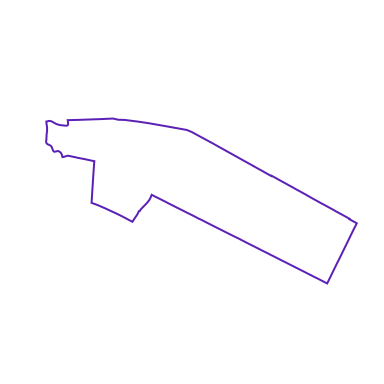 Suditi, Ialomita, Romania (Mercator projection), rotated 296°
{"feature_id": "2599482B50390168033912", "entity_name": "Suditi", "entity_type": "district", "adm_level": 2, "iso_a3": "ROU", "parent_name": "Romania", "parent_adm1": "Ialomita", "projection": "mercator", "projection_center": [27.583, 44.543], "detail": "fine", "context": "isolated", "style": "outline", "palette": "violet", "viewbox_px": 384, "rotation_deg": 296, "n_neighbors": 0, "source": "geoboundaries", "source_scale": "gbopen_adm2", "svg_char_len": 2957}
<svg xmlns="http://www.w3.org/2000/svg" viewBox="0 0 384 384"><g transform="rotate(296 192 192)"><path d="M236.1,353.8L236.1,353.6L236.2,352.9L236.2,352.2L236.3,350.3L236.4,347.7L236.5,346.1L236.5,345.4L236.9,345.4L237.0,345.4L237.3,339.4L237.5,334.6L237.7,330.2L237.7,329.7L237.9,327.7L238.0,325.7L238.1,323.4L238.4,316.9L238.5,313.4L238.8,307.6L239.1,301.8L239.5,296.0L240.1,283.7L240.6,274.4L240.9,268.2L241.5,256.2L241.1,256.2L242.1,238.4L244.0,203.6L244.2,199.8L244.6,192.5L244.8,189.4L244.9,187.1L245.0,184.4L245.4,174.4L245.8,165.8L245.8,165.2L245.5,160.2L239.6,139.4L235.1,123.8L231.6,112.6L227.3,100.0L226.1,97.3L225.1,95.1L224.8,94.5L224.5,93.5L223.5,89.3L223.5,89.0L219.3,81.3L219.0,80.8L206.4,57.1L202.1,48.8L201.8,49.0L199.3,50.6L198.8,50.9L198.4,51.0L197.8,51.0L197.3,50.9L197.0,50.6L196.5,50.0L196.1,49.1L195.5,47.4L194.6,45.0L194.5,44.7L194.0,42.7L193.9,42.0L193.7,40.7L193.7,38.9L193.8,37.5L193.8,36.7L193.9,35.5L193.8,33.9L193.5,32.9L192.9,31.9L192.1,31.1L191.5,30.2L190.8,30.5L189.8,31.2L186.4,33.5L185.5,33.9L184.6,34.4L183.5,34.9L181.6,35.6L180.8,35.8L179.5,36.3L178.8,36.6L177.5,37.2L176.9,37.4L176.1,37.7L175.6,38.1L174.9,38.3L174.1,38.5L173.4,38.7L172.8,39.1L172.3,39.6L172.0,40.2L171.7,41.0L171.6,41.8L171.7,42.6L171.7,43.3L171.7,44.0L171.5,44.8L171.5,45.3L171.3,45.7L170.9,46.2L170.2,46.9L169.7,47.5L169.0,48.2L168.7,48.6L168.1,49.3L167.9,49.7L167.8,50.5L168.3,51.3L168.9,52.1L169.6,52.9L170.1,53.7L170.2,54.6L170.1,55.6L169.8,56.8L169.0,58.0L168.2,59.0L167.2,59.7L166.6,60.3L167.7,61.8L169.5,63.6L170.0,64.2L170.3,64.8L171.2,68.3L171.6,70.0L172.1,71.8L172.3,72.8L172.6,74.2L174.0,79.3L174.7,81.9L174.9,82.9L175.6,85.6L176.1,87.7L176.6,89.7L176.9,90.7L174.8,91.5L157.5,98.5L156.8,98.9L155.9,99.2L149.3,101.9L138.2,106.5L138.8,112.1L138.8,112.5L139.0,115.0L139.1,118.4L139.3,121.7L139.3,123.9L139.4,128.8L139.5,132.5L139.5,133.5L139.5,136.7L139.5,139.0L139.1,151.5L142.5,151.9L143.2,152.0L145.8,152.4L146.5,152.5L147.6,152.6L148.0,152.7L149.4,152.7L151.3,152.6L151.9,153.4L154.1,153.6L160.4,155.7L163.9,156.7L166.0,157.1L166.9,157.2L169.1,157.2L171.8,157.0L171.8,159.1L171.7,161.0L171.7,164.1L171.6,172.6L171.5,175.0L171.4,182.8L171.3,186.0L171.4,187.0L171.3,188.5L171.3,191.9L171.2,196.2L171.2,198.6L171.2,201.0L171.2,203.6L171.0,209.9L171.1,212.4L171.0,216.0L170.9,222.0L170.8,229.3L170.7,238.0L170.6,243.8L170.6,249.0L170.6,253.3L170.6,255.3L170.4,261.8L170.3,269.6L170.2,277.4L170.1,281.1L170.1,282.9L170.1,286.4L170.0,289.4L170.0,293.0L169.9,297.8L169.9,299.4L169.8,304.0L169.8,307.2L169.7,311.7L169.6,320.5L169.5,326.8L169.3,337.5L169.3,342.1L169.2,346.9L169.1,350.8L169.1,352.1L169.1,353.6L174.0,353.6L177.6,353.6L182.4,353.6L185.3,353.6L189.6,353.6L192.3,353.6L195.1,353.7L201.7,353.7L203.8,353.7L207.4,353.7L212.0,353.7L214.0,353.7L215.6,353.7L217.0,353.7L218.3,353.7L221.0,353.7L223.3,353.7L224.4,353.7L227.1,353.7L229.5,353.7L232.3,353.8L233.2,353.8L236.1,353.8Z" fill="none" stroke="#5b21b6" stroke-width="2"/></g></svg>